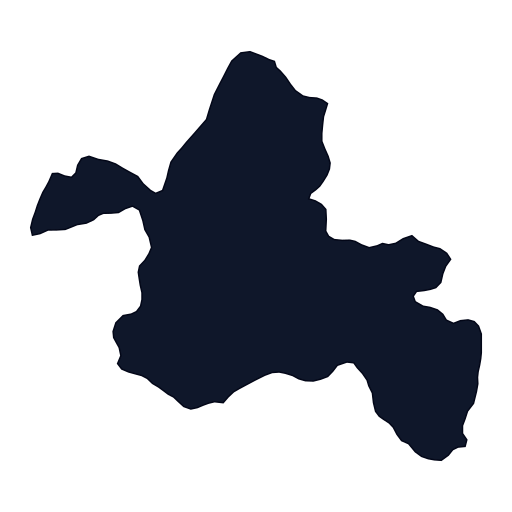 Novorizonte, Minas Gerais, Brazil
{"feature_id": "56859067B87379220502438", "entity_name": "Novorizonte", "entity_type": "district", "adm_level": 2, "iso_a3": "BRA", "parent_name": "Brazil", "parent_adm1": "Minas Gerais", "projection": "albers", "projection_center": [-42.401, -16.004], "detail": "fine", "context": "isolated", "style": "filled", "palette": "ink", "viewbox_px": 512, "rotation_deg": 0, "n_neighbors": 0, "source": "geoboundaries", "source_scale": "gbopen_adm2", "svg_char_len": 2823}
<svg xmlns="http://www.w3.org/2000/svg" viewBox="0 0 512 512"><path d="M223.2,402.7L228.2,396.9L233.6,391.8L239.1,388.6L246.0,384.9L255.0,380.1L264.8,375.2L272.1,372.5L279.1,372.0L285.2,373.2L292.7,375.5L298.8,378.8L305.4,380.7L313.3,381.0L320.5,379.2L327.7,376.5L332.7,371.3L337.3,365.3L346.9,362.0L353.8,362.8L357.3,367.7L362.5,373.4L367.1,380.1L368.8,385.8L372.4,393.0L373.5,402.7L375.6,411.4L379.3,416.3L383.7,419.4L389.1,422.9L393.3,427.3L397.0,434.4L401.6,440.6L408.6,443.7L415.3,451.8L421.6,456.4L428.3,458.7L434.4,459.8L441.3,460.3L448.3,455.2L452.7,449.7L457.9,447.1L465.1,446.4L466.8,439.8L462.5,433.5L462.5,425.6L465.1,418.7L467.5,411.2L473.5,403.4L476.4,391.7L477.8,383.8L477.5,377.3L478.1,371.7L479.6,365.1L480.7,358.7L481.3,352.7L481.3,345.5L481.3,334.0L478.5,326.1L474.2,321.6L468.1,319.9L460.4,320.7L453.5,323.4L446.3,320.1L442.8,314.3L437.4,309.9L430.0,307.4L423.0,306.2L415.2,301.7L413.2,296.2L416.5,291.4L424.3,290.5L430.4,289.3L435.8,287.6L440.8,282.4L442.8,273.7L445.7,266.2L450.6,259.3L446.7,253.3L439.9,248.7L433.6,247.1L426.6,244.4L418.4,241.4L411.9,235.7L403.2,238.7L395.8,243.3L388.6,244.8L382.5,243.5L377.3,245.8L369.2,247.7L361.4,244.8L355.1,241.4L349.8,240.2L342.2,240.4L334.2,239.6L328.6,236.3L325.7,231.1L326.3,219.2L325.8,209.4L321.4,204.4L315.3,200.9L308.7,198.8L310.7,193.4L315.6,189.8L319.7,186.1L323.1,181.3L327.0,175.0L329.4,169.0L330.1,163.0L328.1,156.3L324.8,148.9L321.8,141.3L321.8,133.4L322.6,124.7L323.5,116.6L325.2,111.2L327.5,103.6L322.2,100.0L316.8,98.1L309.5,97.6L302.9,96.0L295.3,90.6L290.4,84.3L285.7,77.3L280.2,71.0L276.2,67.4L274.4,61.4L269.0,59.6L262.2,56.3L250.0,51.7L240.8,52.9L231.8,61.0L227.8,68.3L223.4,77.0L220.0,83.5L214.4,94.5L209.5,109.5L206.5,119.5L193.9,134.0L186.6,142.2L181.7,148.2L177.3,153.0L171.0,162.1L168.6,170.5L166.9,178.0L162.6,190.5L155.6,193.4L150.4,190.4L143.1,183.8L137.7,176.5L129.5,172.1L122.5,168.2L115.6,164.0L107.7,161.1L98.1,159.4L89.0,156.3L81.6,158.6L77.7,165.2L75.9,172.9L71.5,177.3L64.6,176.0L57.9,173.3L52.4,173.6L48.9,181.7L46.1,186.9L42.9,192.3L40.0,199.0L37.4,205.6L35.3,212.2L32.7,219.2L30.7,227.6L32.4,235.2L40.0,233.6L48.0,230.0L56.7,229.9L65.2,229.4L70.5,227.3L77.1,224.6L86.3,223.1L93.6,219.7L98.3,215.4L103.2,213.3L111.2,213.1L118.5,212.5L125.2,208.6L132.5,206.1L139.4,210.0L142.9,220.6L144.9,229.6L149.2,237.1L151.6,247.5L149.0,253.7L144.9,260.4L139.6,266.0L138.3,272.2L139.2,278.3L140.3,285.2L142.0,292.7L142.0,299.6L140.6,306.2L136.5,311.6L131.3,314.1L123.1,315.6L115.9,322.8L113.1,331.5L113.7,337.6L116.3,342.4L119.2,347.6L120.9,355.7L117.6,363.6L121.7,369.0L128.5,371.9L135.4,373.8L141.7,375.5L147.3,378.4L152.5,383.4L158.6,387.0L163.5,390.6L168.4,394.3L173.6,397.0L177.9,401.1L183.8,406.5L190.8,409.0L197.3,407.6L203.2,405.1L208.4,403.2L214.5,401.7L223.2,402.7Z" fill="#0f172a" stroke="#020617" stroke-width="1.5"/></svg>